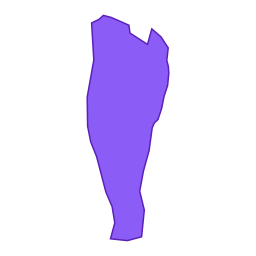 an SVG outline of Lyantonde
{"feature_id": "UGA-5618", "entity_name": "Lyantonde", "entity_type": "District", "adm_level": 1, "iso_a3": "UGA", "parent_name": "Uganda", "parent_adm1": "", "projection": "equal_earth", "projection_center": [31.198, -0.28], "detail": "fine", "context": "isolated", "style": "filled", "palette": "violet", "viewbox_px": 256, "rotation_deg": 0, "n_neighbors": 0, "source": "natural_earth", "source_scale": "10m", "svg_char_len": 527}
<svg xmlns="http://www.w3.org/2000/svg" viewBox="0 0 256 256"><path d="M103.4,15.4L111.1,17.4L128.9,25.2L130.0,33.1L147.5,44.4L151.8,28.9L161.1,37.0L168.2,47.9L166.8,60.3L168.4,66.7L168.8,73.4L167.6,85.5L164.1,96.2L161.6,108.5L158.0,119.5L154.4,122.8L152.2,127.8L149.1,150.5L143.5,170.8L139.7,191.1L144.3,210.1L141.6,236.8L127.4,240.6L110.5,238.8L114.8,222.8L112.1,206.6L105.9,192.1L96.6,156.6L90.7,141.8L87.6,126.3L87.2,97.1L93.8,60.0L91.6,22.9L98.8,19.5L103.4,15.4Z" fill="#8b5cf6" stroke="#5b21b6" stroke-width="1.5"/></svg>